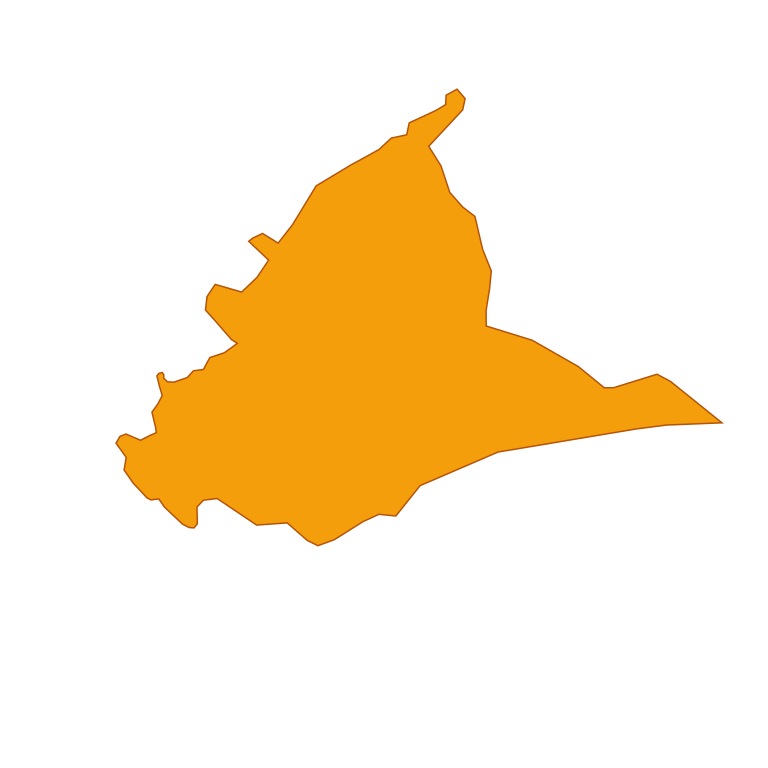 Banamba, Koulikoro, Mali, rotated 58°
{"feature_id": "8926073B21738268784100", "entity_name": "Banamba", "entity_type": "district", "adm_level": 2, "iso_a3": "MLI", "parent_name": "Mali", "parent_adm1": "Koulikoro", "projection": "equal_earth", "projection_center": [-7.411, 13.87], "detail": "fine", "context": "isolated", "style": "filled", "palette": "amber", "viewbox_px": 768, "rotation_deg": 58, "n_neighbors": 0, "source": "geoboundaries", "source_scale": "gbopen_adm2", "svg_char_len": 1322}
<svg xmlns="http://www.w3.org/2000/svg" viewBox="0 0 768 768"><g transform="rotate(58 384 384)"><path d="M502.2,443.9L489.3,407.2L502.1,323.4L555.6,194.3L568.5,166.2L596.0,118.0L533.6,139.7L520.4,147.3L508.8,191.3L503.9,199.2L472.4,209.9L425.5,235.1L389.0,266.6L375.8,258.5L359.3,244.1L345.0,233.1L322.0,229.0L290.1,218.1L275.6,223.5L256.4,226.7L229.3,220.1L206.1,220.1L193.2,172.0L185.0,164.0L172.7,165.8L172.0,178.3L179.7,183.6L179.5,195.2L175.9,224.2L184.7,232.7L179.3,247.5L182.5,263.9L181.2,287.9L180.7,295.3L180.0,336.5L200.4,377.1L208.4,399.1L192.0,407.2L190.7,417.9L191.3,423.1L217.8,416.2L226.3,435.2L230.6,456.0L210.1,474.4L216.1,487.8L226.7,496.2L240.8,493.7L265.6,489.8L271.8,486.8L272.9,502.8L269.3,517.6L272.2,522.9L276.0,529.4L271.8,538.6L274.3,547.4L271.1,561.2L267.3,566.6L264.4,567.1L262.6,567.8L259.3,565.8L256.7,566.0L255.7,569.3L256.8,572.3L266.2,575.4L276.3,578.2L281.2,586.6L284.9,595.7L299.5,600.6L304.6,602.9L303.6,609.9L302.7,620.3L289.7,629.3L288.5,635.7L292.2,642.6L309.6,641.5L319.2,650.0L335.3,649.2L355.1,645.3L358.8,643.0L362.1,635.9L372.1,635.4L396.2,629.1L402.5,625.3L405.4,621.3L403.7,616.4L389.2,607.8L386.9,598.6L392.7,586.2L436.1,566.8L450.5,539.7L476.0,532.0L486.1,525.7L489.7,508.7L489.6,474.4L491.8,457.4L502.2,443.9Z" fill="#f59e0b" stroke="#b45309" stroke-width="1.5"/></g></svg>